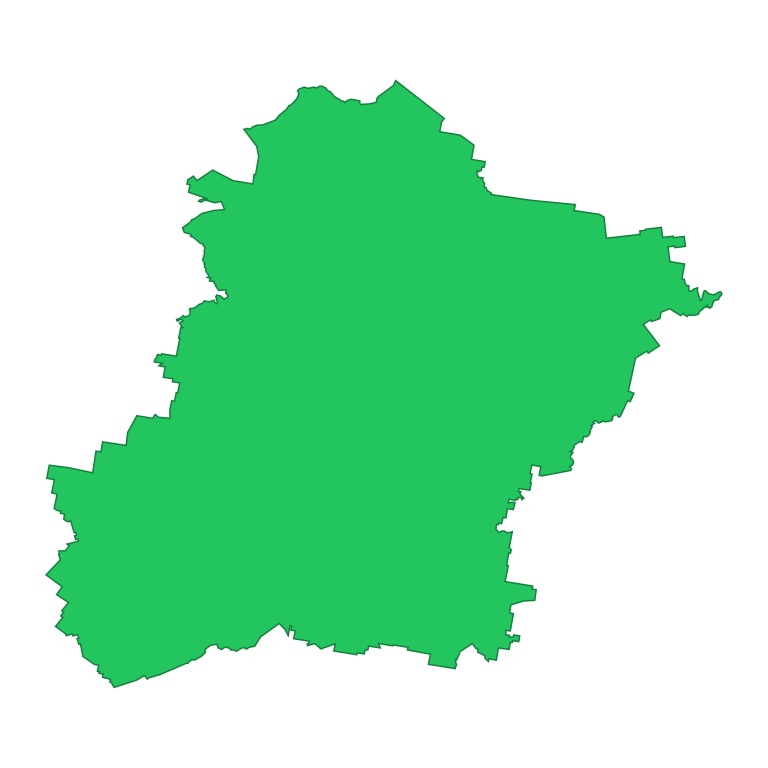 the district of Southern Midlands, Tasmania, Australia
{"feature_id": "25037944B17356947881143", "entity_name": "Southern Midlands", "entity_type": "district", "adm_level": 2, "iso_a3": "AUS", "parent_name": "Australia", "parent_adm1": "Tasmania", "projection": "natural_earth1", "projection_center": [147.408, -42.418], "detail": "fine", "context": "isolated", "style": "filled", "palette": "green", "viewbox_px": 768, "rotation_deg": 0, "n_neighbors": 0, "source": "geoboundaries", "source_scale": "gbopen_adm2", "svg_char_len": 6058}
<svg xmlns="http://www.w3.org/2000/svg" viewBox="0 0 768 768"><path d="M333.8,651.0L356.8,654.7L357.1,652.9L364.2,653.9L365.2,649.7L367.8,650.0L368.6,646.1L380.3,647.9L378.5,643.5L392.9,645.9L393.3,645.0L408.1,647.3L407.3,649.9L430.5,654.2L428.4,664.3L455.2,668.6L455.0,667.4L456.7,665.1L455.4,661.5L456.2,660.5L455.7,659.6L457.1,659.1L460.2,651.5L472.3,643.6L476.2,648.7L477.9,649.0L477.8,652.2L484.8,655.6L485.0,658.4L488.4,661.5L489.0,658.8L496.3,660.2L498.4,648.0L509.1,649.4L510.3,642.5L512.3,642.5L512.6,640.7L518.8,641.6L519.7,635.9L513.6,635.0L513.2,637.0L509.3,637.0L509.4,635.2L505.8,635.1L506.0,630.3L510.3,631.0L513.4,613.6L509.7,612.9L510.9,604.9L523.9,600.9L534.8,600.4L536.2,589.7L532.1,589.0L532.7,586.1L505.1,581.6L508.3,565.7L506.7,565.4L508.7,553.0L510.5,553.3L511.2,549.9L509.2,547.4L512.3,531.7L508.5,532.8L505.0,531.9L504.3,530.9L501.9,531.0L498.8,532.6L495.8,528.8L496.7,524.2L498.4,524.5L498.8,523.0L501.6,523.6L503.1,517.5L505.9,517.9L507.5,508.6L513.4,509.5L515.0,502.7L512.6,502.1L508.3,503.0L509.1,499.2L515.7,500.4L516.0,499.2L517.7,499.4L518.1,497.3L522.2,498.0L522.0,499.6L523.9,498.3L519.9,494.0L520.8,491.7L518.5,491.4L519.0,488.6L529.9,490.2L531.2,482.9L530.3,482.8L532.0,474.1L530.0,473.8L531.8,465.0L540.8,466.6L539.2,475.4L542.0,475.9L570.7,470.4L571.4,468.8L569.5,466.8L572.0,465.4L573.5,463.1L573.2,460.3L570.6,457.8L570.3,456.3L572.9,452.5L570.0,451.4L572.5,450.4L574.2,446.8L573.8,445.5L579.5,441.7L582.1,442.2L583.8,436.5L586.8,436.8L589.3,434.6L590.5,431.7L590.1,430.5L592.2,426.7L591.1,425.7L594.5,423.3L593.1,422.5L593.3,421.6L595.7,420.7L598.6,423.1L603.8,420.9L605.1,421.9L611.7,420.7L612.7,418.6L612.3,416.7L615.9,414.5L617.9,415.3L618.0,416.8L620.2,416.7L627.6,400.6L630.2,401.6L634.0,393.3L628.4,391.1L635.5,358.2L646.6,351.1L648.2,353.2L659.5,345.7L643.3,324.5L650.3,319.9L651.6,321.5L659.9,318.6L661.0,312.2L669.7,308.7L680.6,315.6L683.4,313.7L686.8,316.5L688.4,315.2L695.7,315.1L698.5,314.1L699.5,311.6L703.6,308.4L704.1,306.9L706.7,307.3L707.1,305.3L709.3,308.2L711.7,306.9L713.7,300.9L718.7,299.4L718.7,298.1L721.9,294.2L720.9,292.0L719.3,291.9L714.0,294.9L709.3,294.0L705.1,290.5L703.9,291.3L701.7,300.0L700.4,300.5L697.4,291.2L697.6,287.8L693.4,289.2L691.9,291.0L688.7,290.8L688.9,285.8L686.4,285.4L685.1,283.3L684.4,279.5L681.9,278.7L684.6,264.0L669.8,261.6L668.1,246.8L674.6,246.1L674.8,247.6L685.5,246.4L684.2,236.5L673.5,237.7L673.3,236.2L662.7,237.4L661.3,227.4L645.5,229.3L645.6,230.3L639.8,230.9L640.2,234.4L606.3,238.2L604.0,217.0L599.3,214.3L574.2,210.6L575.3,204.6L530.9,200.3L491.1,194.6L491.4,193.2L486.9,190.3L486.3,187.8L483.9,186.9L484.6,183.8L482.3,179.7L483.2,178.0L478.6,177.3L477.0,174.0L476.8,171.4L477.9,170.8L478.7,171.8L481.2,170.5L481.9,167.1L484.2,167.1L485.2,161.7L471.5,159.4L474.0,145.2L460.3,135.2L439.7,131.7L441.6,121.9L444.3,118.5L395.7,80.6L393.4,85.6L378.7,96.3L376.9,98.6L376.2,102.4L368.9,104.0L360.6,104.4L359.8,103.8L359.8,100.9L351.4,99.3L347.7,100.2L344.6,102.6L343.7,101.1L341.0,101.1L339.7,99.5L334.7,96.8L330.5,91.9L327.5,90.5L325.9,88.1L322.1,86.3L319.6,86.1L316.7,88.0L313.7,87.1L308.3,88.4L304.1,87.1L298.8,89.3L297.6,90.8L298.9,94.0L296.5,99.2L290.5,105.5L289.1,105.3L286.4,109.5L279.3,115.2L275.4,120.2L262.4,125.0L256.8,125.2L252.1,127.3L250.2,129.5L247.8,128.4L243.9,129.3L256.7,146.3L258.7,156.7L255.6,174.6L254.0,174.4L253.0,184.0L233.2,180.7L212.7,170.1L196.8,180.7L193.5,176.1L187.8,179.8L187.0,184.1L190.1,184.7L188.6,192.2L207.8,199.0L204.7,198.7L199.8,199.9L198.6,201.2L201.4,202.1L205.0,200.0L215.1,202.8L221.3,201.4L224.5,209.6L213.6,210.5L202.0,213.4L195.2,218.4L191.5,219.9L190.4,222.1L182.5,227.7L184.3,232.4L190.7,234.2L191.1,235.2L190.5,236.3L193.5,237.4L200.2,243.2L203.0,244.0L203.2,245.6L204.1,245.7L204.8,247.3L205.0,249.4L204.2,250.3L204.4,254.1L202.7,260.1L204.7,263.3L204.1,264.1L204.9,264.8L204.5,267.2L205.6,268.2L206.0,271.6L208.7,275.4L208.5,276.8L207.4,277.4L211.1,278.2L209.8,279.4L209.5,281.0L214.2,281.6L214.4,283.5L215.9,284.1L215.3,285.4L218.7,290.5L226.3,289.8L225.6,293.1L227.8,295.3L227.6,297.3L224.1,299.2L220.3,295.9L216.7,295.1L215.8,296.9L216.8,298.3L216.2,299.1L217.5,302.3L217.0,303.7L215.4,303.1L213.9,300.4L209.2,301.7L204.1,301.0L202.6,303.1L199.2,304.4L195.7,307.2L192.0,308.7L190.2,308.3L189.4,309.7L190.1,311.4L189.8,314.7L188.8,315.8L184.6,316.9L183.4,315.6L180.4,318.1L176.6,319.4L177.0,320.8L178.0,321.0L180.6,319.0L183.3,320.9L179.6,322.7L181.5,326.5L182.9,327.6L180.7,327.9L178.7,338.3L179.8,338.5L176.3,356.2L161.7,353.8L161.2,355.4L157.5,354.5L156.3,358.2L155.0,359.1L154.2,361.9L162.3,363.2L158.9,365.8L165.2,366.9L163.3,377.3L173.0,378.8L172.5,381.8L179.7,382.9L177.8,392.8L176.2,392.6L174.6,401.3L171.7,400.8L169.9,409.9L170.0,418.3L158.1,417.2L155.6,414.6L154.5,415.1L152.8,418.4L136.9,415.7L127.7,432.3L126.2,445.4L102.7,441.9L100.9,451.9L96.0,451.1L92.7,472.8L68.1,467.6L49.3,465.2L46.8,478.3L54.4,479.7L51.7,493.0L57.1,494.0L54.2,508.5L57.1,510.5L60.8,511.1L60.4,513.3L64.5,514.0L63.8,519.4L67.7,521.8L70.7,521.0L74.2,532.8L75.8,532.3L76.7,535.2L74.6,535.8L75.6,539.6L78.0,539.0L78.6,541.2L67.0,544.1L69.3,545.6L65.4,550.8L58.8,551.0L59.7,554.0L58.6,554.2L60.3,559.8L46.1,574.9L62.2,586.7L56.6,594.6L68.5,602.5L61.8,610.8L63.7,612.1L60.7,615.9L62.9,617.3L55.5,626.4L65.5,633.7L66.2,635.7L72.2,634.0L72.9,635.9L77.7,634.6L78.7,638.1L77.0,638.6L78.9,644.4L80.5,643.9L82.9,656.4L94.3,664.4L98.7,665.2L97.4,671.4L99.5,671.8L99.1,673.4L103.1,674.1L102.5,677.3L110.4,679.2L109.9,681.9L110.7,681.6L114.1,687.4L136.9,680.0L144.3,675.5L147.2,679.1L148.7,677.9L160.2,674.5L187.0,663.0L187.9,663.4L189.1,661.6L192.4,659.7L194.7,660.0L201.6,656.2L205.4,652.3L204.8,649.5L210.6,645.3L216.9,644.2L218.4,648.0L221.7,649.5L225.3,646.9L230.6,648.7L230.5,649.9L234.3,650.1L236.5,651.3L241.7,648.0L244.4,647.8L246.6,649.1L248.9,647.4L254.7,646.2L260.6,636.8L279.2,623.5L284.9,629.3L288.2,635.5L290.0,625.6L291.8,625.9L290.9,630.1L295.4,630.9L293.5,638.7L309.1,641.1L308.8,643.5L307.1,644.1L307.6,645.6L315.0,643.6L320.9,648.9L335.2,643.8L333.8,651.0Z" fill="#22c55e" stroke="#15803d" stroke-width="1.5"/></svg>